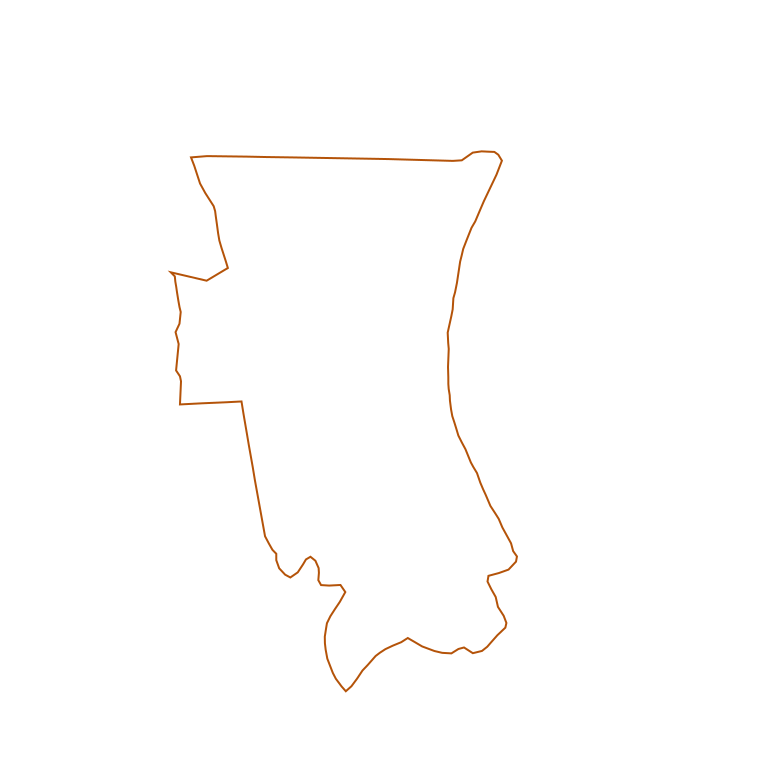 outline of Bacabeira, Maranhão, Brazil, rotated 157°
{"feature_id": "56859067B76385045703481", "entity_name": "Bacabeira", "entity_type": "district", "adm_level": 2, "iso_a3": "BRA", "parent_name": "Brazil", "parent_adm1": "Maranhão", "projection": "albers", "projection_center": [-44.352, -2.93], "detail": "fine", "context": "isolated", "style": "outline", "palette": "amber", "viewbox_px": 768, "rotation_deg": 157, "n_neighbors": 0, "source": "geoboundaries", "source_scale": "gbopen_adm2", "svg_char_len": 2122}
<svg xmlns="http://www.w3.org/2000/svg" viewBox="0 0 768 768"><g transform="rotate(157 384 384)"><path d="M539.2,116.1L532.1,118.5L523.9,123.3L515.7,128.7L509.0,131.6L498.0,136.9L492.9,138.2L486.3,139.4L478.0,139.7L469.0,139.6L461.4,140.9L457.1,135.2L451.4,127.5L441.9,118.5L435.5,113.8L427.2,109.7L419.0,111.0L413.3,110.2L407.4,101.5L398.1,100.0L391.6,101.8L386.9,104.1L377.7,108.5L367.5,112.3L364.7,116.2L364.4,123.8L366.2,134.3L364.4,144.3L365.4,153.0L365.9,161.7L362.8,166.6L352.1,165.1L341.9,164.5L331.9,168.9L329.0,173.3L330.4,179.7L329.3,187.7L330.1,195.8L331.1,205.7L331.1,215.0L332.1,221.2L333.7,230.2L333.7,242.0L333.9,248.4L333.9,255.6L333.2,265.7L334.2,272.7L334.7,277.8L334.5,292.1L335.2,299.8L335.7,307.5L334.9,314.7L334.2,321.6L333.7,327.7L332.2,334.4L329.8,342.9L327.9,348.0L326.4,354.1L324.8,358.8L322.2,365.0L318.4,374.7L310.7,391.0L308.9,396.6L305.3,406.4L295.6,420.0L291.6,425.9L286.6,435.9L282.8,440.6L277.4,448.5L266.1,466.9L262.4,471.8L258.3,477.4L251.8,484.1L242.4,493.6L236.5,498.0L227.6,506.6L220.6,513.3L198.7,532.7L188.2,543.5L189.2,550.4L191.7,554.5L196.6,556.8L203.2,560.0L211.9,562.3L225.0,559.5L233.5,562.5L292.0,589.3L303.2,594.3L377.4,627.3L404.1,639.1L421.2,646.8L457.8,662.9L473.1,668.0L473.4,659.0L475.0,640.4L473.9,629.6L471.3,614.2L471.9,609.1L473.4,603.8L475.4,596.3L477.8,587.6L479.5,580.4L480.4,572.7L481.6,559.4L482.4,551.8L506.9,548.4L536.6,570.1L534.5,564.8L536.1,559.7L537.3,554.6L538.6,549.7L540.7,541.2L542.2,534.6L543.0,529.7L548.7,519.4L555.6,513.2L557.4,501.0L570.1,477.7L568.8,470.8L569.8,465.8L579.8,444.9L559.5,437.5L536.8,429.0L530.5,426.7L522.0,423.6L525.1,411.0L529.7,391.5L532.3,380.6L537.3,358.8L540.4,346.0L553.0,290.3L552.3,282.1L551.5,275.0L549.5,269.8L552.0,263.9L552.5,255.3L549.5,247.1L545.8,242.5L537.0,244.3L529.0,249.6L524.4,253.0L519.2,253.7L516.2,248.1L516.1,240.1L517.7,235.6L521.1,229.1L520.5,223.5L513.3,219.9L502.6,216.0L500.9,207.6L509.8,200.7L517.2,195.9L524.1,191.2L530.0,186.1L533.1,181.2L537.2,174.6L539.7,168.4L541.5,162.3L543.5,153.3L544.0,138.0L543.5,131.5L541.2,122.1L539.2,116.1Z" fill="none" stroke="#b45309" stroke-width="2"/></g></svg>